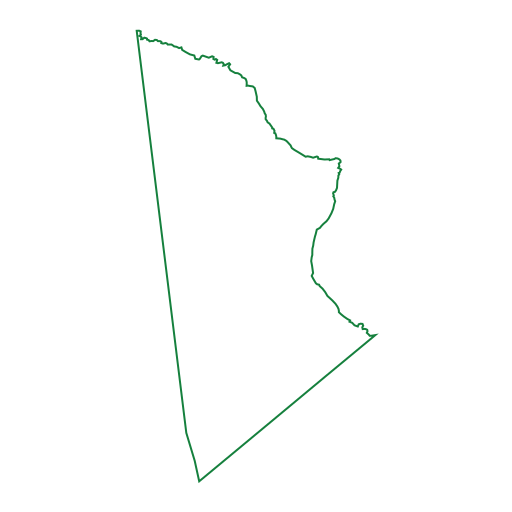 outline of Badrulchau, Ngarchelong, Palau
{"feature_id": "81905179B80173793972451", "entity_name": "Badrulchau", "entity_type": "district", "adm_level": 2, "iso_a3": "PLW", "parent_name": "Palau", "parent_adm1": "Ngarchelong", "projection": "orthographic", "projection_center": [134.635, 7.709], "detail": "fine", "context": "isolated", "style": "outline", "palette": "green", "viewbox_px": 512, "rotation_deg": 0, "n_neighbors": 0, "source": "geoboundaries", "source_scale": "gbopen_adm2", "svg_char_len": 2699}
<svg xmlns="http://www.w3.org/2000/svg" viewBox="0 0 512 512"><path d="M325.1,376.7L375.3,335.1L371.7,335.7L369.7,335.8L368.8,334.6L366.8,332.8L367.5,331.2L367.2,329.8L366.3,329.3L364.9,328.9L362.7,329.1L362.3,327.3L363.2,325.7L362.5,323.9L360.5,323.7L358.7,324.3L357.8,326.5L354.5,325.3L352.2,322.8L349.5,321.7L350.1,320.4L347.4,319.0L343.8,316.5L340.9,314.1L338.9,312.2L338.9,310.9L338.5,308.9L337.4,306.6L335.5,303.8L332.3,300.4L327.4,295.9L325.2,292.1L322.5,288.6L319.7,286.1L319.1,284.7L317.2,284.3L315.9,283.3L313.2,278.7L311.7,275.9L313.1,273.0L312.8,271.1L312.0,265.4L311.2,261.1L311.7,257.2L312.3,255.0L312.3,253.0L312.4,248.7L313.2,245.6L313.6,242.4L314.5,238.5L315.0,236.4L315.6,234.5L316.8,229.6L319.9,227.9L321.4,226.0L323.3,224.0L326.6,221.1L328.6,218.5L331.4,213.3L333.2,208.9L334.2,204.2L335.2,201.2L334.6,199.8L334.2,197.6L333.3,196.3L333.8,195.4L333.1,193.3L333.5,192.2L334.9,191.9L336.0,190.4L337.0,187.9L337.2,184.2L337.4,180.6L338.3,177.8L338.4,175.5L339.2,174.4L338.7,173.0L339.6,172.7L340.2,171.1L341.2,169.6L340.5,169.0L338.2,167.9L339.4,166.2L338.8,163.5L339.8,162.8L340.6,162.0L340.4,160.5L339.4,159.4L337.7,158.5L335.6,158.2L334.4,159.0L329.6,160.1L329.2,159.3L324.5,159.5L318.2,158.7L318.0,157.1L316.9,156.5L313.1,157.7L310.7,156.9L307.7,156.3L305.6,156.7L302.4,154.7L298.8,152.5L294.4,149.9L291.9,148.1L291.4,147.2L290.6,145.4L289.5,144.2L287.7,142.2L286.4,140.9L284.2,139.6L282.8,139.3L280.2,138.6L276.3,138.3L276.3,136.6L276.0,135.1L275.3,133.3L274.2,132.9L274.5,130.8L273.5,128.8L272.2,128.4L272.2,127.5L269.5,123.6L267.6,122.3L266.9,120.7L265.7,119.3L265.6,118.0L265.9,116.5L265.7,114.8L264.7,113.3L264.2,111.6L262.9,109.0L260.5,106.2L258.8,103.4L256.9,100.7L256.8,96.7L255.6,91.4L254.7,88.0L252.8,86.4L249.8,86.0L248.0,85.6L246.6,85.8L246.7,84.2L246.7,82.1L246.3,80.5L245.6,78.9L244.1,78.0L242.1,77.3L241.3,75.4L239.7,74.2L237.8,73.2L235.2,73.0L230.4,70.3L228.4,66.8L230.1,64.3L229.1,63.2L226.8,64.3L225.3,65.2L223.3,65.6L223.8,64.2L222.9,62.8L221.7,62.3L217.9,63.2L216.4,62.8L217.2,59.9L215.9,59.0L214.8,59.7L213.4,59.0L213.6,56.9L212.1,56.3L208.8,57.7L202.8,55.6L201.5,56.2L199.8,58.9L199.0,59.5L195.3,58.8L194.3,55.5L190.0,54.4L185.6,52.0L182.2,49.9L181.4,47.4L179.1,48.1L176.6,46.8L174.1,46.4L173.4,45.8L171.5,44.5L167.7,44.5L167.1,43.7L165.7,43.0L163.0,43.6L161.3,43.1L161.5,42.1L160.6,41.3L159.3,41.1L157.9,41.1L156.8,40.0L155.0,39.8L153.2,41.1L151.6,41.0L149.5,41.3L148.6,40.0L147.1,39.7L147.0,38.6L146.0,38.1L144.3,37.7L142.5,39.2L141.1,39.2L141.6,37.4L140.7,36.5L139.5,35.9L140.9,34.6L140.5,33.2L140.7,31.4L139.1,30.7L136.7,30.8L167.6,281.1L186.3,432.9L194.7,460.8L199.2,481.3L264.4,427.2L325.1,376.7Z" fill="none" stroke="#15803d" stroke-width="2"/></svg>